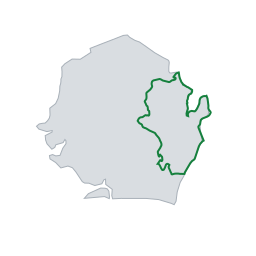 Sierra Leone, with Eastern highlighted, rotated 339°
{"feature_id": "SLE-790", "entity_name": "Eastern", "entity_type": "Province", "adm_level": 1, "iso_a3": "SLE", "parent_name": "Sierra Leone", "parent_adm1": "", "projection": "albers", "projection_center": [-11.073, 8.208], "detail": "fine", "context": "in_parent", "style": "outline", "palette": "green", "viewbox_px": 256, "rotation_deg": 339, "n_neighbors": 0, "source": "natural_earth", "source_scale": "10m", "svg_char_len": 5287}
<svg xmlns="http://www.w3.org/2000/svg" viewBox="0 0 256 256"><g transform="rotate(339 128 128)"><path d="M212.8,126.0L212.6,127.8L211.0,136.0L208.5,143.0L206.8,144.7L199.6,146.6L196.6,149.7L193.9,159.6L192.3,167.5L189.8,168.8L179.2,180.1L172.3,184.4L167.5,188.1L162.9,192.9L157.2,197.5L151.0,205.4L146.6,213.6L143.6,216.1L141.3,213.8L130.8,205.7L119.8,200.3L96.2,191.2L88.3,188.6L88.6,185.4L91.3,179.6L87.0,172.7L88.7,167.7L87.0,167.7L83.6,170.7L76.4,169.8L71.7,165.5L67.8,163.9L66.1,161.7L63.6,150.4L61.9,145.2L58.3,142.0L51.0,141.2L48.1,134.3L44.1,128.9L44.8,125.6L48.1,125.8L50.6,128.2L54.7,129.2L59.9,123.5L64.5,120.4L65.5,117.6L65.0,116.1L62.2,118.4L54.6,117.8L52.7,119.9L49.3,120.5L46.7,113.7L46.8,109.7L48.0,105.4L55.6,104.6L56.3,103.2L51.0,102.3L44.4,97.1L43.2,93.6L46.5,92.4L49.6,92.9L52.4,93.7L55.3,92.5L58.1,90.6L59.8,88.1L62.1,81.5L69.2,79.3L73.5,75.2L77.5,68.9L79.4,64.5L81.1,62.3L82.1,60.4L82.9,58.3L84.7,56.4L86.6,51.7L87.9,47.4L92.1,45.4L100.5,43.6L108.1,46.7L120.5,44.1L121.1,40.1L132.4,40.0L145.8,40.0L156.9,39.9L160.8,41.0L162.1,44.0L165.8,48.6L169.6,51.9L174.4,59.0L179.9,67.3L185.9,74.7L189.7,78.8L190.2,80.2L189.9,81.8L188.0,85.6L186.4,89.7L186.6,91.3L187.7,92.1L193.9,93.3L194.5,97.9L194.5,104.3L197.6,110.2L200.5,114.5L200.3,116.1L193.3,123.5L190.5,130.9L189.1,133.0L188.6,134.6L190.0,135.4L191.9,134.9L194.7,135.5L197.3,135.7L200.7,133.1L206.5,126.3L208.4,125.5L212.8,126.0ZM86.0,185.8L85.2,187.2L81.5,183.6L62.0,178.0L67.5,175.1L81.0,174.3L85.0,176.0L86.8,177.4L87.5,180.1L86.0,185.8Z" fill="#d9dde1" stroke="#a8b0b8" stroke-width="1"/><path d="M195.3,94.3L195.3,94.5L194.5,97.9L194.2,99.8L194.3,104.0L194.4,104.6L194.9,106.2L194.9,106.4L194.9,107.0L195.1,107.5L195.5,107.7L195.6,107.9L198.0,111.0L198.8,111.6L199.1,112.1L201.5,115.4L201.1,116.6L200.3,117.7L199.3,118.5L198.0,118.6L196.8,118.8L195.7,119.7L194.9,120.9L194.0,122.6L193.1,123.4L192.7,124.1L192.6,124.8L192.6,125.5L192.4,126.0L191.8,126.1L191.0,131.0L190.2,132.4L189.1,133.6L187.8,135.5L187.3,137.4L188.4,138.4L188.8,136.5L189.9,135.3L191.5,134.7L193.4,134.8L194.2,135.2L195.8,136.2L196.4,136.4L197.5,136.0L199.5,134.6L202.8,131.4L203.5,130.5L204.8,127.7L205.4,126.9L206.0,126.3L206.7,125.8L207.6,125.5L209.3,125.3L209.7,125.3L211.2,125.7L211.7,126.0L212.2,126.2L212.8,126.1L212.8,129.0L211.1,136.0L210.1,138.2L210.0,139.5L210.4,141.1L210.8,142.2L210.7,143.3L209.3,144.6L208.2,145.3L207.1,145.6L205.9,145.8L201.4,145.8L200.2,146.0L198.9,146.6L198.1,147.7L196.8,150.1L196.2,150.7L194.7,151.5L194.2,151.9L194.0,152.5L193.9,153.1L194.1,166.9L192.8,167.1L192.4,167.3L189.7,168.7L187.6,170.5L180.0,179.8L179.4,180.5L178.8,181.0L178.0,181.3L175.9,181.8L173.6,183.1L165.2,189.8L164.2,191.1L160.0,189.4L158.6,188.6L156.6,187.8L155.2,187.4L154.5,187.3L153.7,187.2L153.0,187.2L152.4,187.0L152.2,186.8L152.1,186.6L152.2,185.3L152.0,184.0L152.0,182.8L152.0,182.4L151.8,179.8L151.9,179.2L152.0,178.8L153.3,177.4L153.4,177.2L152.6,176.1L152.4,175.9L152.2,175.7L151.9,175.6L151.6,175.5L151.3,175.5L150.9,175.6L150.4,175.8L150.0,176.2L148.2,178.3L146.9,179.4L146.7,179.6L146.4,179.7L146.2,179.8L145.9,179.8L145.6,179.7L145.3,179.6L145.0,179.5L144.8,178.8L144.5,177.6L144.3,174.5L144.0,173.2L143.7,172.4L143.1,172.2L142.9,172.1L144.5,171.0L146.3,169.7L146.5,169.6L146.9,169.8L147.0,170.1L147.3,170.6L147.4,170.8L147.7,170.9L148.0,170.8L148.2,170.7L148.4,170.5L148.7,170.0L148.9,169.5L149.2,168.1L149.3,167.8L149.4,167.6L149.4,167.3L149.4,166.9L148.4,164.4L148.1,164.4L147.9,164.5L147.1,165.7L146.9,165.8L146.7,165.6L146.6,165.1L146.7,163.7L147.2,161.1L147.4,160.8L147.5,160.6L151.2,157.9L151.4,157.7L152.0,157.0L152.5,156.7L152.9,156.3L153.0,156.0L153.3,155.5L153.6,154.3L153.6,153.6L153.6,153.0L153.4,151.5L153.4,149.3L153.2,148.2L151.8,144.3L151.7,144.0L151.6,143.7L151.6,143.4L151.7,143.2L151.5,142.6L151.1,142.0L147.3,138.2L144.9,135.0L143.9,134.1L143.7,134.0L142.5,132.8L142.3,132.5L142.2,132.0L142.1,131.1L142.2,130.1L142.1,129.8L141.9,129.3L141.1,128.4L140.6,127.9L140.2,127.2L139.6,124.8L140.8,123.6L141.7,123.0L142.1,122.8L142.4,122.7L143.1,122.6L143.5,122.6L143.9,122.6L144.8,122.9L145.1,123.0L145.4,123.0L145.7,123.0L148.6,122.3L148.9,122.3L149.1,122.4L149.4,122.5L149.8,122.9L150.0,123.0L150.3,123.1L150.6,123.1L150.9,123.2L151.1,123.3L151.3,123.5L151.5,123.7L151.7,123.8L152.1,123.7L152.4,123.5L152.7,123.1L153.0,122.5L153.7,120.2L153.8,120.0L153.8,119.8L153.7,119.5L153.6,119.3L153.3,118.8L153.2,118.5L153.1,118.2L153.3,117.6L153.8,115.9L153.9,115.3L153.9,114.9L153.9,114.6L153.7,114.3L153.4,113.9L153.3,113.6L153.3,113.3L153.3,111.9L153.1,109.4L153.2,109.2L153.3,109.0L153.6,108.7L154.9,107.9L155.4,107.5L155.7,107.1L155.9,106.8L156.5,105.5L157.5,102.3L157.7,102.0L157.9,101.8L158.4,101.5L162.5,100.1L163.0,99.8L164.7,98.7L165.1,98.3L165.4,97.9L165.5,97.6L165.6,97.3L165.6,97.0L165.7,95.9L165.9,95.3L166.1,94.7L166.7,93.8L166.9,93.6L167.1,93.3L167.4,93.1L168.0,92.9L168.4,92.8L168.8,92.7L174.6,93.5L175.1,93.6L175.4,93.8L176.2,94.5L177.3,95.9L177.7,96.3L178.3,96.7L182.0,99.3L182.7,99.8L183.1,99.9L183.5,99.9L184.2,99.8L185.8,99.3L186.2,99.3L186.5,99.3L187.8,99.6L188.5,99.6L189.3,99.6L189.6,99.4L190.0,99.2L190.3,98.6L190.3,98.3L190.2,98.0L189.1,97.5L188.9,97.3L188.7,97.1L188.7,96.9L188.7,96.7L192.1,94.5L193.1,94.3L195.3,94.3L195.3,94.3Z" fill="none" stroke="#15803d" stroke-width="2"/></g></svg>